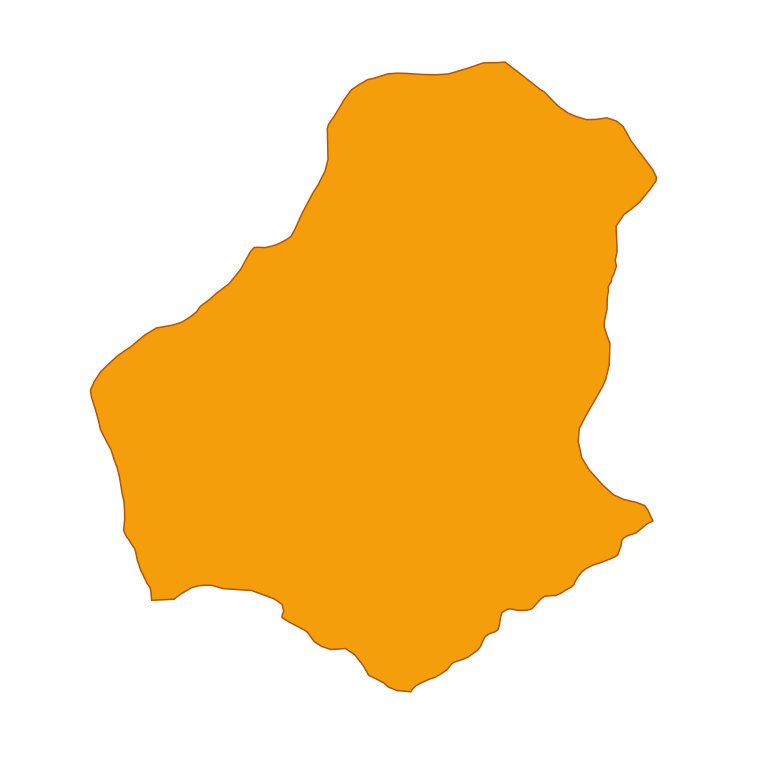 the district of Chaskhar, Mongar, Bhutan, rotated 84°
{"feature_id": "84629894B11723980305793", "entity_name": "Chaskhar", "entity_type": "district", "adm_level": 2, "iso_a3": "BTN", "parent_name": "Bhutan", "parent_adm1": "Mongar", "projection": "natural_earth1", "projection_center": [91.37, 27.254], "detail": "fine", "context": "isolated", "style": "filled", "palette": "amber", "viewbox_px": 768, "rotation_deg": 84, "n_neighbors": 0, "source": "geoboundaries", "source_scale": "gbopen_adm2", "svg_char_len": 3017}
<svg xmlns="http://www.w3.org/2000/svg" viewBox="0 0 768 768"><g transform="rotate(84 384 384)"><path d="M548.2,130.9L537.1,134.7L532.2,137.5L528.4,144.7L523.7,158.0L518.2,167.3L507.0,177.3L491.1,188.8L478.1,195.0L467.1,196.2L461.3,196.9L448.7,194.4L437.7,187.3L424.6,177.8L408.6,166.4L402.3,162.9L388.3,157.9L377.9,156.5L367.0,155.1L359.5,157.1L350.2,159.0L344.8,158.3L333.0,154.4L320.8,152.8L314.3,150.9L311.1,151.0L305.5,147.1L302.5,146.5L298.6,143.9L291.3,140.6L285.2,141.1L276.3,138.3L268.5,137.7L257.7,137.1L251.3,136.7L240.6,127.8L235.8,119.7L230.0,110.9L218.2,99.1L210.5,92.3L207.0,91.4L198.6,94.5L168.8,112.5L152.9,119.3L146.9,125.1L142.6,134.5L143.0,144.7L142.3,154.9L138.0,165.1L133.8,172.7L125.4,182.2L110.0,194.4L107.4,197.9L88.1,217.7L76.4,230.1L76.3,236.8L75.0,251.6L78.8,268.2L82.4,287.6L82.1,294.9L81.8,301.3L80.0,314.5L77.5,329.0L76.3,337.7L75.9,347.3L79.1,363.4L79.5,368.3L83.5,377.2L88.1,385.8L96.7,393.6L100.2,396.2L112.2,405.3L119.9,412.0L124.1,413.7L154.8,416.2L166.1,420.4L179.6,429.1L185.9,434.3L205.4,447.4L220.6,456.3L227.4,461.0L230.4,466.2L234.1,475.9L235.3,482.1L235.9,487.9L235.0,494.1L234.7,498.8L238.2,502.8L249.1,510.5L255.4,514.9L262.8,522.3L268.3,527.9L276.1,540.9L281.8,548.9L287.6,558.6L292.7,562.9L296.7,569.1L301.3,578.4L303.3,588.0L304.2,599.5L304.5,604.4L306.8,609.4L310.5,617.1L316.0,625.2L320.6,632.0L323.7,638.2L328.6,646.8L333.8,653.7L341.8,664.2L351.3,671.9L359.3,676.6L366.5,676.3L378.5,673.8L391.5,671.6L399.8,670.7L412.1,666.0L421.0,662.3L431.4,660.2L440.0,658.0L448.9,656.8L466.1,655.8L473.0,654.9L482.2,655.2L491.9,656.1L502.1,658.3L506.1,657.1L509.3,655.9L512.2,654.0L515.1,652.7L519.0,650.8L521.4,649.3L525.1,648.5L527.7,648.3L530.4,648.0L533.3,647.8L537.8,646.7L540.5,646.1L544.1,645.4L546.6,644.3L548.9,643.5L551.9,642.5L555.1,641.3L557.2,640.6L561.7,638.1L566.1,637.5L574.8,637.7L575.5,625.9L576.1,615.4L571.7,608.2L566.5,596.7L565.3,590.0L565.4,582.9L566.3,576.2L570.8,564.8L575.5,537.3L586.3,515.5L592.6,508.4L599.2,507.5L603.2,509.4L605.6,509.8L607.1,508.1L610.9,503.1L616.1,495.3L621.9,486.8L633.0,480.2L638.4,473.6L642.5,464.6L643.1,449.9L650.2,441.4L662.2,433.9L672.0,429.7L676.1,423.2L681.2,415.5L685.8,411.4L690.4,402.7L691.8,394.7L693.0,389.6L690.1,387.3L687.1,383.2L684.8,377.4L682.4,370.2L681.1,364.1L678.4,358.0L676.8,354.9L674.4,350.8L669.5,346.1L668.0,343.3L667.4,340.6L665.9,333.6L663.9,328.0L661.9,324.6L659.0,319.4L655.1,315.4L651.3,313.4L646.0,310.0L643.8,306.5L642.6,302.4L642.1,299.6L640.2,296.2L634.7,294.1L628.4,292.6L623.7,290.6L622.2,287.7L620.9,284.8L621.0,280.9L622.7,275.9L623.6,271.0L623.9,265.0L623.1,260.5L619.8,256.8L613.8,250.1L612.0,246.7L611.9,242.0L612.3,235.4L610.2,229.1L608.2,225.5L605.6,219.1L603.7,216.4L600.9,214.9L596.2,211.4L591.5,206.8L589.0,203.0L585.9,195.1L584.3,187.2L582.3,179.9L581.4,176.8L580.0,172.2L578.3,169.5L574.1,167.3L569.2,165.0L564.4,163.9L562.4,162.0L560.7,158.7L559.8,155.4L559.3,152.3L558.2,148.6L553.6,141.6L550.5,136.8L548.2,130.9Z" fill="#f59e0b" stroke="#b45309" stroke-width="1.5"/></g></svg>